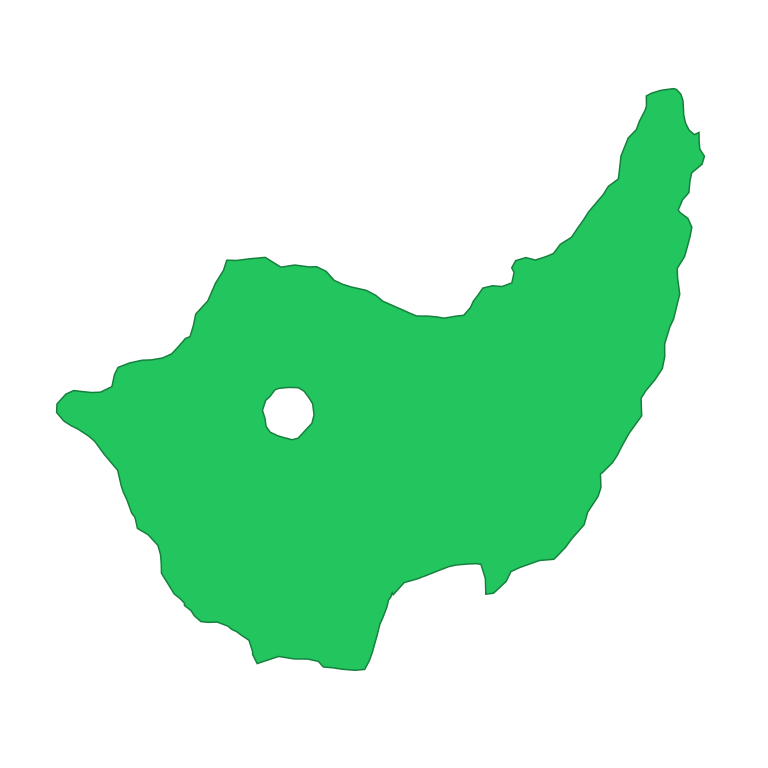 Shaki District, Şəki, Azerbaijan, rotated 268°
{"feature_id": "54616110B25010354244926", "entity_name": "Shaki District", "entity_type": "district", "adm_level": 2, "iso_a3": "AZE", "parent_name": "Azerbaijan", "parent_adm1": "Şəki", "projection": "orthographic", "projection_center": [47.215, 41.108], "detail": "fine", "context": "isolated", "style": "filled", "palette": "green", "viewbox_px": 768, "rotation_deg": 268, "n_neighbors": 0, "source": "geoboundaries", "source_scale": "gbopen_adm2", "svg_char_len": 3074}
<svg xmlns="http://www.w3.org/2000/svg" viewBox="0 0 768 768"><g transform="rotate(268 384 384)"><path d="M662.7,656.2L652.5,656.0L648.1,654.3L637.8,648.5L629.5,645.1L621.3,636.6L603.4,628.7L595.9,627.7L580.8,625.4L573.7,615.1L565.8,609.8L558.3,603.0L548.7,594.3L541.2,589.2L533.5,583.3L524.1,576.5L517.5,565.1L508.5,557.9L505.6,550.2L502.6,539.6L505.4,530.2L502.7,519.9L495.7,515.7L490.9,517.9L480.6,515.3L477.3,505.4L478.4,495.7L476.4,486.1L469.9,481.3L463.7,476.2L457.4,473.1L449.9,466.1L449.3,458.2L447.7,446.4L449.2,439.1L450.3,430.6L450.8,419.0L454.2,411.6L456.0,408.0L461.0,397.7L466.7,385.8L472.8,379.0L478.2,369.6L482.1,354.7L482.3,354.1L485.1,346.1L489.3,337.8L498.6,330.1L503.6,320.7L503.6,313.5L506.0,299.0L504.4,285.0L510.3,276.2L514.7,269.7L513.8,253.9L512.6,241.0L513.2,231.3L513.2,231.2L503.3,227.6L490.6,219.1L473.2,210.8L460.5,198.3L448.9,195.5L438.1,191.8L436.5,187.2L428.9,180.2L421.5,172.8L417.7,163.4L416.2,152.0L416.2,143.2L414.0,130.8L409.9,118.8L402.9,115.0L390.9,112.0L385.7,100.2L385.7,91.4L387.0,82.0L388.3,73.7L385.0,65.7L375.5,56.5L374.5,56.4L367.0,55.8L358.1,62.8L353.0,70.2L349.6,76.6L342.2,87.1L336.7,93.0L323.2,102.1L317.1,106.9L307.1,114.8L291.6,117.8L285.3,119.6L277.0,123.1L263.7,127.4L259.3,130.5L248.2,132.6L241.7,142.9L230.5,152.5L221.2,154.7L213.1,155.1L202.6,155.0L198.0,157.6L190.0,162.2L181.5,167.0L177.1,172.3L172.1,176.8L169.6,176.9L164.4,183.1L158.9,186.4L152.9,192.8L151.9,200.5L151.9,209.0L147.4,219.7L144.1,223.2L141.6,228.1L137.4,233.4L132.6,240.1L121.4,243.3L118.2,243.3L109.0,247.5L111.5,255.9L115.4,269.2L112.3,284.9L111.8,298.1L109.0,308.8L103.3,313.5L102.2,322.8L100.4,332.2L98.9,345.0L99.4,354.7L108.0,359.7L117.2,363.3L122.7,365.0L132.9,368.3L143.8,371.4L151.0,374.9L161.2,379.2L167.7,380.9L170.9,383.4L175.0,384.9L173.1,385.9L184.8,397.2L188.0,410.2L192.9,424.5L195.6,432.0L199.1,442.0L200.6,449.8L201.2,461.7L201.2,470.3L200.4,474.6L186.0,478.5L170.4,478.4L171.1,486.2L182.4,499.2L192.1,504.3L196.0,513.7L202.2,533.3L202.9,547.7L204.4,549.3L208.6,553.7L214.2,559.5L222.7,566.2L236.4,579.1L248.8,583.1L264.4,594.1L273.0,597.2L286.7,597.2L287.8,599.2L297.6,609.8L305.0,614.9L313.6,619.6L326.0,627.1L336.6,635.3L343.2,640.4L360.8,640.4L368.2,645.5L378.7,654.9L389.7,662.7L401.4,665.5L414.3,665.9L431.1,671.7L438.9,675.7L449.1,678.6L451.3,679.2L463.5,682.7L479.9,681.1L489.3,681.1L501.0,688.9L512.0,692.4L521.0,695.1L530.0,697.1L538.9,693.5L544.8,686.1L547.5,684.1L557.7,688.8L564.7,695.4L576.5,696.9L584.3,698.9L592.5,709.5L600.4,712.2L607.8,707.8L616.4,707.4L624.4,707.6L623.4,705.2L622.4,702.8L627.3,697.6L634.7,694.3L642.9,692.9L647.5,692.9L652.3,692.8L656.6,692.7L663.2,690.8L668.1,686.7L669.1,683.9L668.5,677.3L667.8,670.8L665.3,661.5L662.7,656.2ZM372.3,308.9L366.6,312.0L355.5,313.0L347.3,310.6L340.3,303.6L334.9,298.3L332.8,296.2L331.5,290.1L333.2,284.6L333.8,282.4L335.9,276.1L339.8,268.6L345.6,264.7L353.6,263.9L361.9,261.6L369.9,264.5L371.7,265.1L375.4,269.5L382.0,274.8L383.4,279.2L383.9,288.8L383.3,298.3L379.5,304.0L373.0,308.4L372.3,308.9Z" fill="#22c55e" stroke="#15803d" stroke-width="1.5"/></g></svg>